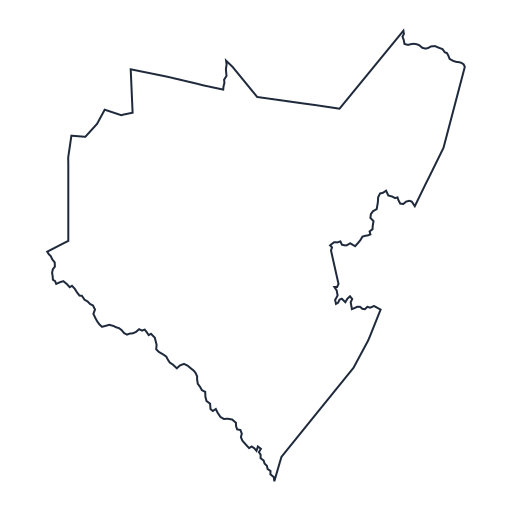 the district of Piripiri, Piauí, Brazil
{"feature_id": "56859067B46900586420269", "entity_name": "Piripiri", "entity_type": "district", "adm_level": 2, "iso_a3": "BRA", "parent_name": "Brazil", "parent_adm1": "Piauí", "projection": "equal_earth", "projection_center": [-41.76, -4.358], "detail": "fine", "context": "isolated", "style": "outline", "palette": "slate", "viewbox_px": 512, "rotation_deg": 0, "n_neighbors": 0, "source": "geoboundaries", "source_scale": "gbopen_adm2", "svg_char_len": 2996}
<svg xmlns="http://www.w3.org/2000/svg" viewBox="0 0 512 512"><path d="M68.3,164.8L68.3,236.7L68.3,240.9L63.9,243.1L47.2,251.7L48.8,254.2L50.8,256.2L52.3,259.4L54.7,262.4L54.9,266.6L52.8,269.3L52.1,272.7L52.7,276.7L52.9,279.7L55.1,281.2L56.2,283.9L60.5,282.0L63.4,281.2L66.8,284.0L69.7,287.2L72.0,285.8L74.7,288.7L77.0,292.4L79.5,295.6L81.9,295.8L84.5,299.7L87.6,301.5L90.2,304.1L92.9,305.4L95.0,309.5L93.4,313.9L95.5,318.3L97.1,321.2L99.3,324.3L102.0,326.8L105.9,325.8L109.3,324.8L113.5,326.0L116.2,327.3L118.9,328.1L121.6,330.1L124.1,333.1L127.0,334.6L129.7,333.6L132.8,333.3L135.9,332.0L139.1,329.2L142.0,330.6L144.7,329.6L146.6,332.0L148.7,335.1L151.0,333.8L154.8,337.7L156.6,344.9L156.2,349.3L158.8,351.9L163.1,354.4L166.3,356.6L167.7,359.4L169.8,362.6L172.9,364.6L176.8,368.3L180.0,365.4L184.0,363.9L187.7,365.7L190.9,368.4L193.7,370.6L195.6,373.0L197.1,376.3L197.1,379.4L197.8,383.8L200.2,387.1L201.9,390.2L205.2,391.8L205.4,396.8L206.5,401.0L210.1,403.7L210.5,409.0L212.8,411.0L215.8,409.0L217.7,412.9L220.5,417.0L223.9,419.0L227.5,418.7L232.1,419.5L235.9,422.7L236.1,426.4L237.2,429.4L240.4,430.0L241.8,433.7L240.9,437.2L242.4,440.7L246.4,445.2L249.1,448.1L251.7,446.5L254.2,448.2L256.5,450.8L257.9,446.5L260.9,448.8L258.9,452.2L260.6,454.6L260.6,458.2L263.6,460.5L264.6,463.6L266.9,465.8L267.6,469.0L270.5,471.0L270.4,474.3L273.8,477.1L274.3,481.3L280.0,461.7L281.5,456.8L317.7,412.0L353.5,367.8L368.1,340.6L369.8,336.6L380.6,309.6L374.0,306.0L370.2,307.7L367.4,306.8L364.9,309.2L362.5,308.9L360.0,306.8L357.1,306.8L354.7,308.0L351.9,309.1L350.7,302.3L352.2,299.0L350.0,296.3L347.4,298.7L345.3,302.2L341.8,298.7L339.5,299.7L338.1,302.7L336.0,303.9L335.1,300.0L337.6,295.5L336.7,290.5L334.4,287.0L337.1,287.0L338.5,283.9L332.5,257.2L331.0,250.4L332.0,247.4L330.1,245.4L332.2,243.7L334.2,242.2L337.4,242.4L340.4,241.4L341.9,244.7L344.4,245.3L346.7,245.3L350.2,243.3L352.4,244.6L355.1,246.2L358.1,242.9L360.4,240.1L362.4,236.7L364.7,235.9L367.8,235.4L370.4,234.4L369.6,231.4L372.5,229.2L372.7,226.1L373.5,221.1L370.4,217.9L370.9,214.1L373.0,211.2L376.7,209.1L377.8,202.7L378.2,197.1L380.1,193.4L382.8,192.9L386.1,190.7L388.3,195.5L392.4,196.6L395.0,198.1L397.5,197.4L398.4,200.1L400.2,203.6L403.3,204.0L406.1,201.6L409.3,200.8L411.8,201.6L414.8,206.2L426.5,182.2L429.0,177.3L434.5,166.1L443.5,147.8L464.8,66.9L463.6,64.3L461.3,62.8L458.7,62.1L456.3,61.9L453.2,60.9L449.6,58.9L448.5,56.0L447.0,53.1L444.8,52.3L442.5,49.1L438.7,47.7L435.0,46.1L431.1,46.4L427.9,48.1L425.4,48.6L422.3,47.8L419.1,45.1L416.5,44.2L414.1,43.8L411.1,44.1L408.1,44.9L404.5,44.0L403.7,39.9L402.5,36.6L403.9,33.9L403.4,30.7L339.5,108.7L314.8,105.0L301.4,103.2L257.2,97.0L236.5,71.7L234.5,69.3L232.6,66.9L226.1,60.7L226.6,64.3L225.9,69.3L226.5,75.9L224.1,79.7L224.4,82.9L223.5,86.5L223.2,89.6L204.9,85.7L201.4,84.9L197.7,83.9L167.2,76.7L130.7,69.3L132.6,112.7L127.8,113.7L123.8,114.5L121.3,115.2L104.7,109.7L97.1,123.8L85.3,136.8L71.4,135.7L68.2,157.4L68.3,164.8Z" fill="none" stroke="#1e293b" stroke-width="2"/></svg>